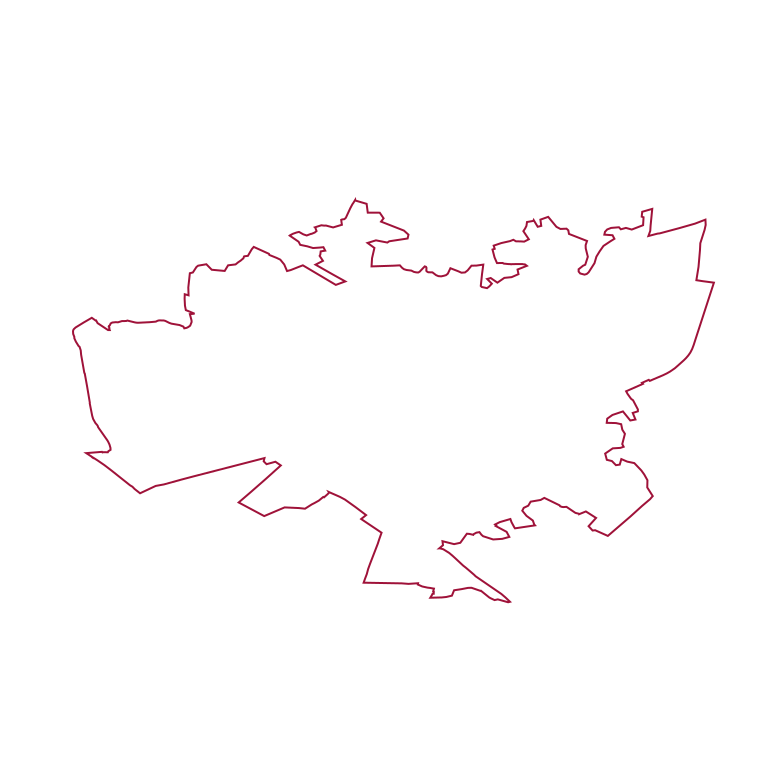 Lazdonas pag., Madona, Latvia (Equal Earth projection), rotated 187°
{"feature_id": "27541924B23480282117113", "entity_name": "Lazdonas pag.", "entity_type": "district", "adm_level": 2, "iso_a3": "LVA", "parent_name": "Latvia", "parent_adm1": "Madona", "projection": "equal_earth", "projection_center": [26.196, 56.824], "detail": "fine", "context": "isolated", "style": "outline", "palette": "rose", "viewbox_px": 768, "rotation_deg": 187, "n_neighbors": 0, "source": "geoboundaries", "source_scale": "gbopen_adm2", "svg_char_len": 6146}
<svg xmlns="http://www.w3.org/2000/svg" viewBox="0 0 768 768"><g transform="rotate(187 384 384)"><path d="M671.1,279.1L664.4,275.8L664.5,275.6L663.4,275.0L663.1,275.2L658.9,273.2L651.6,269.4L643.6,264.7L623.7,252.5L621.2,251.4L618.6,249.3L612.8,245.8L598.2,255.0L590.2,257.5L573.5,264.4L561.5,269.2L493.6,295.9L494.0,292.6L490.8,290.1L482.3,293.6L476.5,290.6L489.9,275.2L503.4,260.1L513.8,248.7L486.8,238.3L467.6,249.4L453.3,250.5L447.2,250.6L441.0,255.7L438.6,257.3L434.5,260.3L430.5,264.5L429.7,264.2L426.7,267.6L425.2,269.5L425.7,270.1L414.0,266.6L408.6,264.5L397.2,258.3L385.8,251.7L390.2,247.2L368.3,236.1L369.8,229.4L370.7,224.7L375.9,204.0L377.2,198.4L377.9,193.3L379.1,188.4L380.0,184.3L342.0,188.3L335.3,188.6L325.9,190.4L326.0,189.1L321.4,187.7L316.1,187.2L312.8,187.2L312.0,187.1L309.5,187.0L309.9,184.2L309.3,184.0L309.1,181.9L310.2,181.8L310.7,180.4L312.0,177.5L300.6,179.2L296.2,180.2L290.8,182.2L289.3,187.8L282.2,189.8L275.7,191.9L272.3,192.4L262.9,190.4L262.6,190.6L253.6,185.0L252.2,184.4L247.9,183.0L244.8,184.1L234.2,182.5L232.4,183.2L237.4,186.9L241.9,189.9L269.6,204.3L271.4,205.7L280.3,211.6L283.3,213.4L294.5,221.5L298.6,224.2L305.0,227.2L308.5,227.7L309.1,227.6L305.8,231.2L306.8,235.1L294.9,233.6L288.9,235.7L283.5,245.5L280.8,245.6L277.1,245.2L277.1,245.6L274.2,247.7L271.2,248.6L269.0,246.3L267.1,245.0L256.7,243.0L247.8,244.7L241.0,247.5L244.3,252.2L255.9,256.7L255.4,257.4L256.6,258.1L252.3,261.0L242.1,265.4L240.6,262.4L237.2,257.6L236.4,256.7L216.9,262.1L217.8,262.9L219.6,266.6L226.5,270.5L231.3,275.1L230.2,278.1L226.0,280.8L224.1,285.1L214.4,288.0L211.0,290.5L195.0,285.0L194.2,284.1L192.4,283.7L191.0,283.7L187.9,284.3L178.3,279.4L174.2,278.9L174.2,278.7L168.1,282.1L157.2,276.9L163.6,267.8L159.1,264.0L156.6,264.6L143.3,260.5L123.2,282.6L113.0,294.4L105.9,302.1L103.6,305.5L110.1,313.4L110.8,320.6L114.6,325.8L118.0,329.5L125.9,336.0L133.1,336.6L139.3,338.4L140.2,332.7L143.9,331.7L148.4,335.3L153.6,335.9L156.0,341.9L149.1,348.0L141.6,349.4L138.5,350.9L140.2,353.4L138.8,363.9L141.9,367.7L143.7,373.0L149.0,373.5L158.2,372.6L158.2,376.8L153.5,381.1L143.5,385.9L135.1,377.8L130.1,379.4L133.6,385.6L128.7,387.8L128.9,389.7L134.8,398.2L136.8,399.3L137.8,400.3L141.0,403.8L142.8,406.3L127.0,415.7L128.1,416.6L121.7,420.4L120.6,419.5L108.3,426.6L104.7,428.9L101.6,431.2L97.2,435.1L94.7,437.9L89.2,444.2L87.4,446.5L85.4,449.5L83.8,452.5L82.4,456.3L81.4,460.4L79.5,470.3L68.9,524.8L80.0,524.9L86.6,525.1L86.1,538.6L86.7,555.4L87.2,562.3L85.1,573.4L84.6,576.0L84.1,581.1L85.0,586.3L94.8,581.1L109.9,574.7L128.7,567.1L130.8,566.6L139.6,563.1L138.4,568.4L138.7,573.9L139.1,590.5L148.7,586.4L148.6,581.5L146.7,581.1L146.2,573.2L156.9,567.5L162.9,568.4L167.8,566.4L169.9,568.2L177.6,566.6L181.3,564.6L183.2,562.0L183.5,559.1L175.3,559.5L173.0,556.2L176.6,553.3L183.0,547.8L186.1,542.0L188.7,536.3L189.8,529.6L194.5,519.8L196.2,517.9L198.3,517.0L202.7,517.6L204.5,519.3L204.8,521.6L200.8,525.7L198.8,526.9L197.2,535.1L200.3,543.2L200.8,546.4L199.9,550.7L218.7,555.5L219.8,559.0L221.8,560.4L227.8,559.4L232.0,561.0L241.4,569.9L248.8,566.2L247.2,560.1L250.6,558.8L255.4,564.9L255.6,564.1L261.8,562.2L261.9,558.3L262.9,555.5L264.3,552.7L257.9,545.3L262.2,542.4L265.7,542.2L270.4,541.7L273.2,542.9L276.3,541.2L284.7,538.2L292.0,534.7L290.6,531.7L292.7,530.7L289.7,523.1L286.6,517.8L280.9,518.6L280.6,518.4L279.8,518.1L275.2,518.2L273.0,518.4L272.7,518.3L271.9,518.4L271.6,518.6L269.5,518.8L268.6,519.0L261.2,519.9L260.1,519.8L258.7,519.9L256.6,518.7L265.4,513.9L263.9,509.4L270.4,505.6L277.5,504.0L283.8,498.4L291.0,502.2L294.4,500.8L289.2,496.7L291.4,493.7L293.4,491.7L298.8,492.2L299.9,493.1L300.1,505.2L300.0,514.6L306.7,512.8L311.6,512.1L314.8,507.0L317.2,504.6L320.7,503.9L323.9,504.9L332.2,507.0L334.1,501.3L335.7,499.6L337.8,498.7L340.4,497.8L343.2,497.7L345.6,498.4L349.5,500.7L353.7,500.3L354.8,500.7L355.8,501.5L356.0,504.5L356.6,505.4L357.9,505.7L362.3,499.8L363.5,498.9L365.4,498.7L367.9,498.9L370.7,499.9L375.5,499.9L378.3,500.4L380.3,501.6L382.7,503.7L388.9,502.6L410.7,499.2L411.2,507.4L410.1,517.9L417.5,522.0L409.5,525.6L397.9,524.8L396.2,526.3L378.3,531.3L377.9,535.2L382.9,538.7L406.7,544.8L404.6,548.4L409.1,553.5L421.0,552.1L423.2,560.7L434.8,562.6L435.0,563.3L436.3,560.4L437.3,558.5L438.9,554.3L441.9,545.0L442.2,544.2L443.4,542.8L445.7,542.2L446.5,541.7L445.2,536.9L453.6,533.2L460.9,534.2L462.6,533.9L465.5,533.9L466.4,533.5L471.6,531.1L471.3,530.9L469.6,527.6L471.2,525.9L474.2,524.2L474.8,524.1L478.8,522.0L482.3,522.7L486.9,524.6L489.3,523.7L492.7,522.0L495.3,520.2L495.7,519.8L486.1,514.8L484.1,511.9L476.9,511.3L471.0,510.3L464.3,511.6L460.8,512.4L458.6,509.2L463.0,507.9L463.0,504.6L463.5,503.3L459.6,498.8L466.5,494.1L448.0,486.4L434.9,481.1L443.9,476.5L479.0,491.9L482.6,490.0L490.5,485.7L494.0,484.3L497.6,490.5L502.1,494.8L506.0,496.1L513.5,498.1L514.1,499.2L530.0,504.2L531.7,501.6L534.7,494.6L538.3,493.7L538.5,493.4L538.9,491.5L539.5,491.0L541.3,489.0L543.5,487.1L545.9,484.6L553.2,482.8L555.9,476.8L568.9,476.4L574.9,481.2L582.9,478.8L584.4,477.3L587.3,471.4L590.2,470.3L590.0,456.0L588.8,448.2L592.7,448.8L592.3,444.4L591.1,437.5L589.7,433.2L585.5,432.1L580.6,430.7L585.2,429.7L582.8,423.7L582.5,422.1L583.5,418.3L585.2,416.7L586.7,415.7L589.0,414.9L590.1,416.5L594.1,417.6L598.5,417.8L602.4,418.0L604.6,418.5L608.8,420.0L610.5,420.2L615.1,419.7L616.6,419.1L617.7,418.3L618.5,418.0L624.1,416.8L635.6,414.8L637.3,414.7L639.0,414.8L646.5,415.7L647.6,415.1L651.8,414.5L655.6,412.8L657.7,412.7L661.2,411.9L662.7,410.8L663.1,409.3L663.7,408.3L664.1,408.0L664.2,407.3L663.7,406.9L663.3,405.9L663.5,405.4L662.8,404.1L664.5,403.9L675.7,409.5L677.4,411.9L677.7,411.7L682.1,414.1L689.5,408.5L697.0,402.5L698.5,400.7L698.8,400.2L699.0,399.4L699.1,398.5L698.6,395.8L697.1,393.0L697.0,392.0L696.9,391.6L695.0,388.5L691.8,384.5L690.7,383.8L689.1,380.4L688.2,376.2L682.8,358.5L682.3,358.0L678.3,345.1L673.7,329.6L673.7,328.9L669.8,317.0L668.9,314.9L668.4,313.8L665.7,310.1L663.7,308.3L662.9,307.3L662.5,306.3L651.6,294.2L650.7,293.0L649.1,290.5L647.7,287.2L647.4,285.3L649.4,283.7L649.8,282.6L654.3,282.1L655.1,281.8L655.6,282.3L671.1,279.1Z" fill="none" stroke="#9f1239" stroke-width="2"/></g></svg>